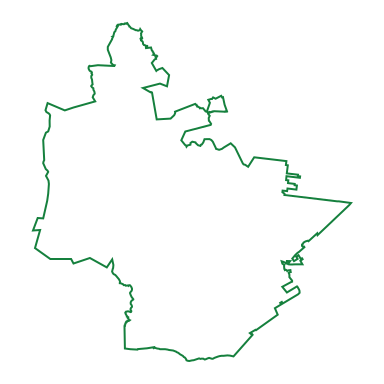 Nombre de Dios, Durango, Mexico
{"feature_id": "50627088B91815790044654", "entity_name": "Nombre de Dios", "entity_type": "district", "adm_level": 2, "iso_a3": "MEX", "parent_name": "Mexico", "parent_adm1": "Durango", "projection": "albers", "projection_center": [-104.207, 23.841], "detail": "fine", "context": "isolated", "style": "outline", "palette": "green", "viewbox_px": 384, "rotation_deg": 0, "n_neighbors": 0, "source": "geoboundaries", "source_scale": "gbopen_adm2", "svg_char_len": 5909}
<svg xmlns="http://www.w3.org/2000/svg" viewBox="0 0 384 384"><path d="M351.0,203.0L338.6,201.3L336.9,201.3L284.4,195.0L284.5,193.7L282.4,192.2L282.6,190.6L287.1,191.1L287.5,188.5L296.4,189.6L296.9,185.5L294.6,185.2L294.7,183.9L288.0,183.1L288.3,180.3L286.1,180.1L286.5,176.2L299.9,177.8L300.1,176.4L297.8,176.1L298.0,174.7L286.8,173.4L287.8,165.3L285.9,165.0L286.4,161.1L254.2,157.3L248.1,166.8L245.2,164.8L243.6,164.4L242.8,163.4L235.0,147.4L230.7,143.3L223.8,147.5L221.9,148.9L219.1,149.8L216.0,148.8L215.9,148.2L212.8,141.7L211.3,140.0L209.5,139.1L204.5,139.2L203.3,142.4L201.8,144.5L201.0,144.7L200.4,145.9L198.0,145.2L195.8,143.1L195.5,142.4L192.3,141.7L190.5,143.0L190.4,144.7L187.4,145.5L186.5,146.7L186.0,145.4L185.1,145.0L181.3,140.3L185.3,131.5L210.7,124.9L211.1,123.9L209.4,121.2L208.9,120.8L208.7,118.0L209.7,115.8L208.2,113.9L207.9,113.0L208.0,112.6L208.9,112.2L209.2,111.9L209.8,112.0L209.8,112.6L212.1,111.9L211.8,111.7L212.6,111.4L214.1,111.2L224.6,111.7L225.3,111.7L225.4,111.4L225.7,111.4L225.6,111.7L226.7,111.6L226.6,111.1L226.9,111.1L224.6,104.7L223.0,97.2L222.2,97.5L221.2,95.8L215.6,98.7L213.1,97.4L212.0,99.0L211.0,99.0L208.3,99.8L209.9,102.8L206.8,111.8L205.6,111.4L203.0,108.2L200.9,108.3L200.1,107.8L199.8,108.0L199.7,107.6L197.9,106.7L197.6,106.3L197.2,106.5L197.0,106.1L196.9,105.6L196.7,105.6L196.5,105.0L196.3,105.1L195.8,104.6L195.2,103.9L175.0,111.7L175.2,112.7L175.0,113.5L174.2,115.2L170.6,118.6L156.7,119.4L152.0,92.5L150.9,92.0L150.5,92.3L143.0,88.0L160.0,83.6L167.0,86.3L169.1,75.1L162.4,68.0L159.2,69.1L156.7,70.5L156.3,70.9L151.8,63.0L154.7,59.4L156.1,58.8L155.9,58.1L156.0,58.2L156.1,57.7L157.2,56.1L156.7,55.6L153.4,54.9L153.8,54.6L153.7,54.2L153.9,53.8L153.7,53.7L153.6,53.1L153.4,53.0L153.4,52.4L152.6,51.6L152.6,51.1L151.8,50.3L151.0,47.5L146.0,48.1L145.9,47.5L146.0,47.2L147.2,46.3L147.2,45.9L146.9,45.8L145.7,46.0L145.0,45.2L143.9,45.0L143.1,44.0L142.8,42.0L142.3,41.2L141.8,41.0L141.5,40.6L141.0,40.4L141.0,40.0L140.5,38.6L140.8,38.2L141.9,38.7L142.2,38.4L142.1,37.8L141.1,35.9L141.2,34.6L141.0,33.5L142.2,31.4L141.9,31.1L141.6,31.1L141.4,30.9L140.2,29.1L140.0,29.6L139.0,30.5L138.0,30.7L136.8,30.2L135.8,30.2L133.1,28.9L131.1,28.2L129.8,26.6L129.3,26.5L129.1,25.7L128.7,25.4L127.2,23.0L126.4,23.3L126.1,23.7L125.7,23.4L124.7,23.5L124.6,23.9L124.3,24.1L123.2,24.2L121.3,23.9L121.0,24.0L120.8,24.7L119.2,24.5L118.3,24.8L118.0,24.7L117.2,25.3L116.8,26.1L117.7,26.4L115.8,29.6L115.3,31.3L114.3,32.2L113.3,36.2L112.7,36.5L113.1,36.7L112.1,38.7L112.1,39.2L107.8,46.9L107.8,49.8L110.7,57.3L111.4,60.1L110.9,62.6L113.1,65.0L114.7,65.3L114.3,66.0L97.9,65.2L90.5,66.2L89.7,66.1L89.6,65.9L89.0,66.2L88.6,67.3L88.6,68.7L89.5,70.5L90.5,71.4L91.4,71.6L91.9,72.5L91.5,73.5L92.0,74.1L92.2,74.8L91.3,76.0L91.3,77.9L92.0,79.5L92.3,82.4L92.6,84.4L91.4,85.6L91.2,86.1L92.1,87.4L93.3,88.2L93.4,88.7L93.4,89.8L94.3,91.4L94.6,92.9L94.7,93.7L93.4,95.2L92.7,97.3L95.2,101.4L73.5,107.5L64.8,110.4L47.6,103.1L45.5,110.2L46.4,112.0L48.7,113.4L49.6,114.3L50.1,115.4L49.6,120.4L49.7,126.6L48.2,131.4L45.9,132.7L43.2,140.0L44.2,160.1L43.5,161.6L43.2,163.2L45.8,169.1L47.5,170.6L48.2,171.9L46.0,175.9L48.5,180.6L48.9,184.0L48.2,193.7L47.2,200.8L43.2,218.4L37.7,218.0L33.0,230.5L40.1,230.0L35.0,248.1L50.3,259.0L71.1,259.0L73.5,263.5L89.9,258.0L106.8,267.4L112.2,259.4L113.4,265.0L113.1,268.1L112.8,268.7L112.1,271.5L112.7,272.9L113.6,274.1L115.2,274.9L116.0,275.7L118.9,279.2L119.8,280.9L120.0,281.7L119.8,282.9L119.8,283.2L120.9,283.3L121.5,283.6L121.8,283.7L123.1,284.3L123.7,285.1L125.3,285.1L125.8,285.7L128.3,285.4L128.5,285.8L129.1,285.3L129.8,285.2L130.2,285.5L131.4,287.1L132.0,288.7L132.0,289.5L131.7,290.7L130.5,292.1L130.0,293.0L130.6,294.8L131.5,296.8L133.3,299.2L133.3,299.5L132.0,300.4L131.3,301.1L130.7,302.3L130.7,303.9L131.7,305.3L132.0,306.6L131.9,307.0L130.9,308.1L130.5,309.1L130.6,309.8L131.3,311.0L131.3,311.5L131.1,311.9L130.7,312.1L128.6,311.4L127.9,311.3L126.0,311.7L125.8,312.2L125.5,312.3L125.3,312.6L125.5,313.1L125.5,313.6L125.9,314.0L125.9,314.4L126.8,315.8L126.8,316.3L127.2,316.3L127.6,316.8L128.2,317.2L128.1,317.5L127.6,317.7L127.7,318.0L128.4,318.3L128.7,319.7L129.8,320.2L129.2,320.7L128.4,321.0L127.3,320.8L127.1,321.1L127.1,321.5L126.3,321.7L126.4,322.4L125.7,322.7L125.6,323.6L125.2,323.9L125.1,325.1L124.6,325.4L124.6,325.8L124.8,326.3L124.5,326.5L124.9,348.5L130.3,349.2L137.5,349.6L137.8,349.1L147.0,348.3L153.8,347.2L153.1,348.7L154.0,348.0L154.8,347.8L157.1,348.5L159.2,348.8L160.0,349.2L165.1,349.2L167.7,349.6L169.1,350.0L173.1,350.5L176.2,351.7L176.6,352.1L178.4,352.9L179.9,354.2L182.9,355.9L183.8,357.0L184.7,357.4L185.2,357.9L186.0,359.0L186.5,360.3L187.8,360.8L189.3,361.0L191.9,360.4L193.7,360.2L199.1,358.4L200.4,358.9L201.3,358.7L203.3,358.7L204.7,359.5L205.6,359.3L207.6,358.4L209.1,357.9L212.1,358.8L213.0,358.7L214.6,357.8L217.9,356.6L219.6,356.1L221.6,355.8L223.6,355.8L227.4,355.4L229.9,355.6L233.5,356.4L252.6,334.8L252.2,334.2L251.6,334.5L249.9,333.1L255.5,329.8L256.0,330.2L277.7,314.7L274.9,308.2L281.2,304.4L280.2,302.9L281.8,301.9L282.7,303.5L298.1,294.3L299.6,292.8L299.5,290.9L299.1,289.7L297.5,286.9L297.0,286.4L286.9,292.5L282.3,286.8L291.0,282.1L292.1,281.7L292.1,280.8L292.1,280.6L289.4,277.2L289.4,274.6L288.7,272.9L290.1,272.2L290.7,272.1L290.4,270.1L288.6,270.3L287.2,271.0L286.8,270.3L285.6,269.7L284.9,270.1L284.3,268.9L284.1,266.6L284.2,264.9L282.4,263.7L281.7,261.3L283.3,261.8L285.5,262.8L285.7,263.5L286.8,263.6L286.9,261.0L290.1,261.1L288.1,263.7L288.2,264.2L289.0,264.4L291.4,264.5L295.8,264.3L302.4,264.3L300.4,260.8L302.6,259.2L302.0,258.3L300.9,259.1L298.5,255.2L296.3,256.8L297.6,258.9L294.0,261.1L292.3,258.6L295.2,255.1L297.7,252.7L298.5,252.3L304.4,247.2L304.0,246.5L303.6,246.4L302.9,246.6L302.2,246.2L302.0,245.6L302.0,244.7L302.2,244.3L303.0,243.8L303.5,242.6L305.5,241.4L307.9,240.7L308.5,241.2L317.2,233.3L317.6,235.1L349.3,205.0L351.0,203.0Z" fill="none" stroke="#15803d" stroke-width="2"/></svg>